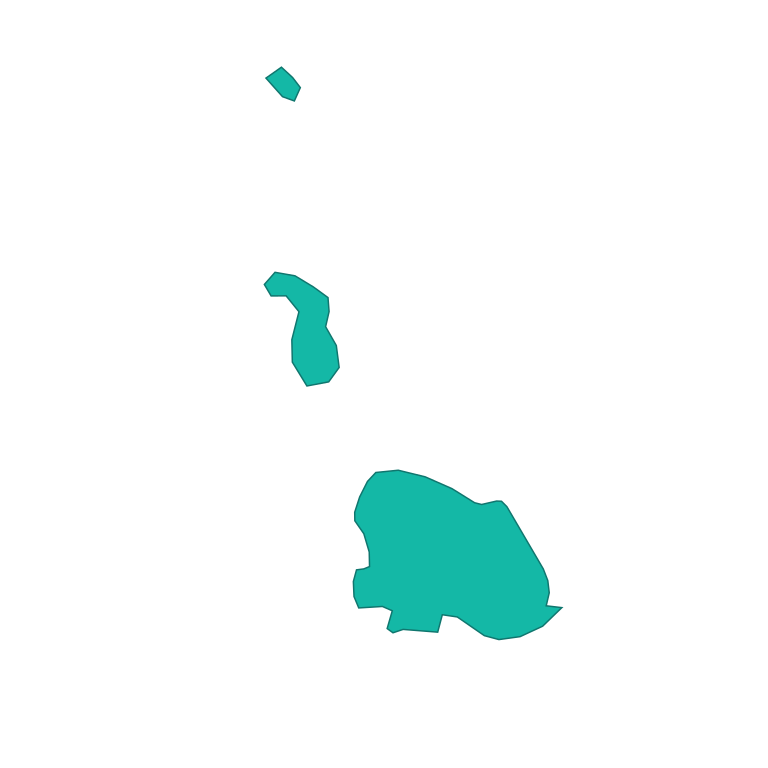 the state/province of São Vicente, rotated 216°
{"feature_id": "CPV-5059", "entity_name": "São Vicente", "entity_type": "state/province", "adm_level": 1, "iso_a3": "CPV", "parent_name": "Cabo Verde", "parent_adm1": "", "projection": "natural_earth1", "projection_center": [-24.866, 16.764], "detail": "fine", "context": "isolated", "style": "filled", "palette": "teal", "viewbox_px": 768, "rotation_deg": 216, "n_neighbors": 0, "source": "natural_earth", "source_scale": "10m", "svg_char_len": 929}
<svg xmlns="http://www.w3.org/2000/svg" viewBox="0 0 768 768"><g transform="rotate(216 384 384)"><path d="M291.7,222.5L288.4,227.8L297.2,239.4L312.3,251.0L327.2,256.2L332.3,263.0L337.3,278.3L340.1,295.5L338.6,307.6L321.8,322.6L296.1,333.1L267.4,339.3L240.9,341.2L234.2,343.9L224.1,355.5L220.0,358.2L212.5,357.0L146.4,328.0L135.9,321.2L127.6,312.2L122.4,299.9L108.7,307.6L113.3,281.3L125.4,259.6L140.8,244.8L154.9,239.4L187.8,238.6L201.2,231.6L194.7,214.8L224.3,196.7L230.5,188.0L237.7,188.0L244.0,205.4L254.5,203.1L272.8,188.0L283.3,194.4L292.7,206.2L297.0,217.5L291.7,222.5ZM445.2,337.1L471.0,347.8L484.6,365.7L495.3,392.5L515.0,397.8L527.1,388.9L539.3,394.2L537.8,410.3L519.6,419.2L498.3,421.0L480.1,421.0L471.0,410.3L464.9,396.0L445.2,387.1L430.0,371.0L430.0,353.2L445.2,337.1ZM635.0,556.8L659.3,562.1L653.2,580.0L638.0,578.2L625.9,574.6L622.9,560.3L635.0,556.8Z" fill="#14b8a6" stroke="#0f766e" stroke-width="1.5"/></g></svg>